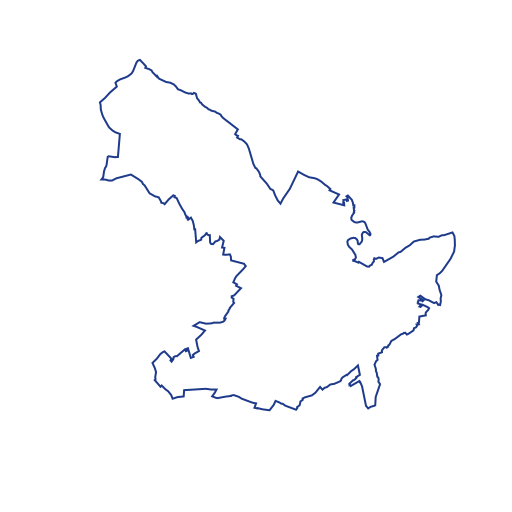 Iernut, Mures, Romania, rotated 105°
{"feature_id": "2599482B14234854366201", "entity_name": "Iernut", "entity_type": "district", "adm_level": 2, "iso_a3": "ROU", "parent_name": "Romania", "parent_adm1": "Mures", "projection": "natural_earth1", "projection_center": [24.221, 46.434], "detail": "fine", "context": "isolated", "style": "outline", "palette": "blue", "viewbox_px": 512, "rotation_deg": 105, "n_neighbors": 0, "source": "geoboundaries", "source_scale": "gbopen_adm2", "svg_char_len": 6062}
<svg xmlns="http://www.w3.org/2000/svg" viewBox="0 0 512 512"><g transform="rotate(105 256 256)"><path d="M148.0,446.5L150.3,445.2L154.7,443.8L159.2,441.1L161.9,439.0L168.9,432.2L170.1,430.7L172.0,426.9L172.9,423.9L173.3,419.1L196.1,415.0L197.1,418.1L197.8,424.1L198.6,424.9L206.0,424.0L208.0,423.9L210.2,424.6L213.5,424.7L219.5,424.0L222.1,425.1L221.2,421.6L221.2,417.7L220.4,414.6L217.1,411.0L209.7,397.9L212.3,389.3L213.8,385.6L215.8,383.7L216.6,381.9L223.0,375.0L224.5,369.2L224.5,365.2L227.8,361.9L229.0,361.3L229.0,358.8L229.6,357.7L223.8,354.9L218.8,351.6L219.0,350.0L220.4,349.9L220.4,348.2L220.7,347.5L225.4,343.6L229.6,339.5L232.2,336.4L234.1,335.2L235.4,333.8L236.5,333.3L235.8,332.3L236.5,331.6L237.6,332.0L238.6,331.0L235.8,328.8L238.6,326.1L242.4,324.0L246.2,322.5L245.9,321.7L258.3,317.3L256.6,316.0L254.5,313.2L252.5,313.4L249.3,310.8L246.0,309.5L247.4,309.4L248.2,307.4L247.8,306.0L254.6,303.9L255.8,302.9L255.9,302.5L255.7,300.6L252.4,299.0L251.7,297.6L249.7,295.6L247.0,295.7L249.7,291.1L256.6,291.0L256.3,288.6L263.1,288.1L262.7,285.6L261.2,281.6L263.2,280.1L266.7,278.9L266.6,265.6L268.4,263.3L271.9,264.9L280.3,269.6L282.2,270.3L287.3,271.1L288.3,267.1L289.9,267.5L291.0,262.2L299.7,266.9L301.2,269.1L302.5,268.7L303.2,266.6L306.2,266.1L307.0,265.0L313.0,267.9L313.5,267.7L315.7,268.5L316.8,268.3L322.1,270.3L324.5,270.7L324.6,271.3L324.9,270.4L324.5,269.2L326.6,269.7L328.0,270.8L329.7,273.5L331.4,279.9L332.1,280.6L333.1,283.0L334.3,286.7L334.5,293.3L339.6,298.2L339.8,295.1L341.2,286.0L346.2,288.4L352.3,292.2L359.0,288.9L362.6,286.5L365.9,289.9L367.9,291.4L369.5,290.1L371.3,292.6L362.7,297.9L363.7,299.2L365.3,298.1L366.1,299.0L364.7,300.6L373.2,306.4L373.6,307.8L374.6,309.1L375.0,309.4L377.0,309.1L379.9,310.2L379.0,311.6L377.1,311.1L371.8,319.7L373.0,321.1L375.6,323.1L380.6,325.1L386.1,328.3L390.5,324.7L394.0,322.5L399.1,322.0L401.3,321.1L402.1,321.7L407.0,314.4L405.5,313.6L408.0,309.4L409.4,305.8L412.3,301.9L415.4,299.6L412.5,295.1L410.4,289.5L404.2,290.7L397.3,270.2L396.5,264.3L395.2,259.6L398.7,260.4L402.9,262.0L403.3,258.8L403.3,256.5L399.7,249.0L397.8,244.2L397.6,244.3L396.5,242.5L396.1,241.4L396.5,236.1L397.5,233.0L398.3,224.7L398.6,220.9L398.3,217.8L403.0,218.2L402.9,215.2L402.5,215.2L402.4,210.0L401.5,203.0L395.4,200.4L390.9,199.6L391.4,195.6L392.1,193.3L391.8,192.0L393.0,189.0L394.1,177.5L392.2,176.8L391.4,177.2L388.8,175.2L385.0,175.4L382.7,173.6L381.6,174.1L379.9,172.2L376.2,166.0L372.8,163.3L365.9,160.2L367.9,157.2L365.6,155.7L364.3,153.6L361.3,151.3L360.6,150.5L359.3,147.4L355.5,142.6L354.3,141.7L352.9,141.8L350.9,141.0L347.3,137.7L347.5,137.2L342.6,134.3L339.9,132.0L335.3,129.2L343.9,124.9L347.1,127.9L347.6,127.4L348.9,128.1L350.5,129.2L350.7,129.9L355.3,132.8L356.5,132.3L356.1,131.9L357.1,130.9L350.1,123.9L351.0,123.2L350.7,122.8L354.5,119.8L372.2,111.0L374.2,108.2L372.0,106.2L370.0,102.8L369.3,102.2L361.2,103.9L347.7,103.0L345.8,105.2L343.7,105.5L341.8,106.4L341.3,107.5L337.5,109.2L335.9,110.5L334.4,110.8L330.3,113.4L326.6,112.8L324.9,111.7L321.0,113.3L320.5,112.1L318.7,112.7L316.4,109.4L314.6,110.0L311.1,108.5L310.5,107.2L310.7,106.0L309.8,105.7L309.4,104.9L308.1,105.1L307.2,104.2L303.0,103.3L300.2,100.4L294.0,95.5L293.1,94.0L292.0,93.2L291.9,92.5L291.5,92.0L292.8,89.9L291.5,88.4L287.1,84.6L284.9,84.7L283.4,82.9L281.5,82.3L280.6,83.1L279.8,81.1L278.7,82.3L278.2,81.4L272.2,82.5L269.4,76.6L267.7,77.3L266.5,77.3L263.7,75.8L261.6,75.3L261.0,76.8L260.0,82.3L262.6,83.9L262.5,85.0L260.0,83.8L260.0,87.0L259.5,87.1L259.4,87.7L256.7,87.6L256.2,84.3L256.6,83.4L255.6,82.8L253.6,88.6L251.8,87.0L254.0,81.2L254.0,77.9L255.4,71.8L253.9,69.8L256.1,67.3L255.6,66.9L255.7,65.5L252.1,65.7L249.1,66.7L245.9,66.8L241.0,70.0L237.3,71.8L234.1,75.3L227.7,76.3L224.9,73.9L222.1,72.3L208.5,67.4L200.4,65.8L194.3,66.6L188.6,68.3L185.3,69.6L182.4,72.3L187.2,79.7L187.9,81.9L190.2,84.6L191.1,89.5L193.4,93.1L194.8,93.8L195.4,95.4L196.3,96.9L197.9,101.8L201.2,107.3L205.9,110.3L209.3,113.7L214.6,117.4L215.6,119.2L221.1,123.2L228.6,130.8L225.3,133.3L225.7,137.0L227.8,139.4L227.5,141.1L229.0,141.3L230.6,140.7L232.5,141.6L234.5,141.9L235.8,143.5L237.0,144.0L237.4,146.0L235.0,155.1L235.9,155.3L235.3,160.0L235.5,160.8L234.7,161.1L233.5,159.5L232.1,159.2L231.4,159.2L229.2,160.3L224.9,164.9L223.0,168.4L221.2,170.3L218.4,171.5L216.8,171.2L214.6,169.2L213.2,166.6L213.0,164.7L213.9,162.8L215.2,161.7L217.8,160.7L218.1,159.9L217.9,159.1L215.0,157.7L213.6,157.5L211.8,157.8L208.0,159.3L205.7,158.8L204.8,157.9L204.5,156.0L206.6,151.5L206.3,151.1L205.1,151.1L203.3,152.6L201.6,154.9L196.3,158.7L195.1,160.0L194.9,161.7L195.3,163.1L197.4,166.6L197.7,167.9L197.8,169.7L196.5,172.8L195.8,173.4L194.2,173.9L191.9,173.6L188.8,172.4L188.5,172.9L186.8,172.7L186.7,173.1L184.2,174.1L183.8,173.5L181.6,174.1L182.0,175.1L179.8,176.0L177.0,177.9L173.8,182.9L174.9,184.0L175.7,182.8L178.7,181.5L179.2,182.5L177.8,183.0L179.4,186.1L181.5,185.2L181.7,185.6L182.6,185.2L182.3,184.6L184.2,183.9L184.3,195.0L175.1,191.7L173.5,202.0L172.1,201.5L170.1,205.4L169.4,207.7L167.2,212.3L165.9,216.7L165.7,219.6L166.2,225.2L165.2,230.7L163.5,237.2L182.3,240.7L193.6,244.7L199.1,245.9L196.7,249.4L192.5,253.2L188.6,256.0L188.0,256.8L187.5,259.5L183.4,264.2L178.0,272.4L176.6,272.9L174.1,274.8L171.2,278.3L171.2,279.3L167.7,282.4L154.1,290.7L150.5,293.6L148.6,296.6L147.4,299.5L147.1,300.7L147.4,301.6L146.5,304.9L144.6,304.5L144.3,306.4L143.7,307.7L138.4,306.3L131.0,324.0L130.4,324.5L130.1,325.4L128.7,326.6L128.0,329.1L127.9,330.9L127.1,332.8L127.2,336.8L126.7,338.2L126.6,339.8L125.6,341.6L124.9,344.3L123.5,347.3L122.2,348.7L122.2,349.8L120.5,351.4L118.8,353.8L114.8,356.1L114.5,358.2L115.9,359.1L116.2,359.8L115.7,360.9L116.5,362.9L116.4,366.5L115.3,371.9L115.2,374.5L113.0,377.2L111.5,379.9L110.8,383.9L111.2,387.8L109.8,395.6L107.8,398.0L108.5,398.1L105.2,403.6L103.8,404.9L103.2,407.3L102.9,411.6L101.2,411.4L96.6,418.9L98.0,420.7L99.9,421.5L109.2,422.6L112.0,423.5L115.3,426.0L117.5,428.5L120.5,432.9L123.5,435.8L125.0,436.6L128.4,434.3L135.8,439.3L142.3,442.7L148.0,446.5Z" fill="none" stroke="#1e3a8a" stroke-width="2"/></g></svg>